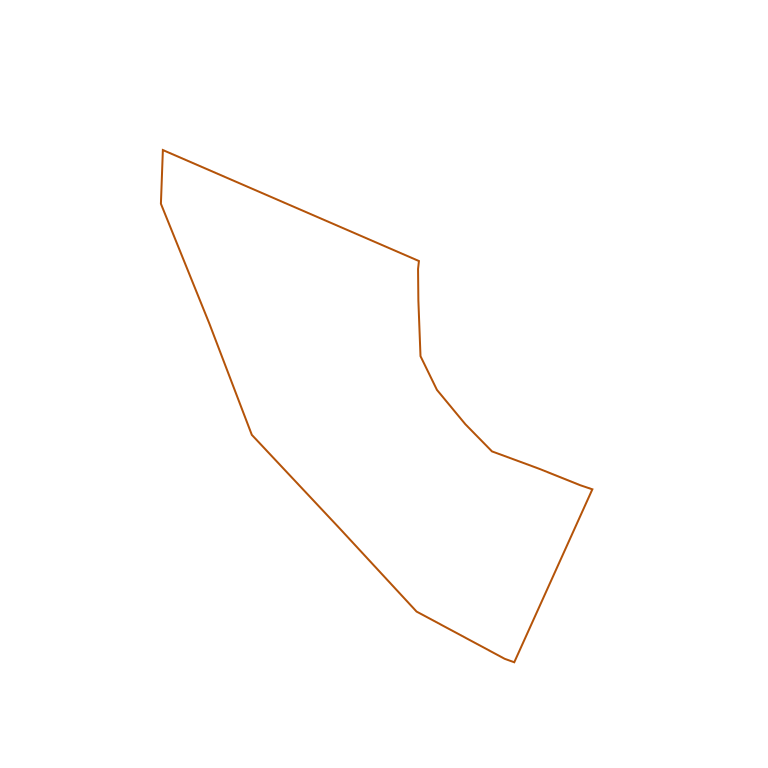 15, Ad Dawhah, Qatar, rotated 64°
{"feature_id": "91078587B20152806481978", "entity_name": "15", "entity_type": "district", "adm_level": 2, "iso_a3": "QAT", "parent_name": "Qatar", "parent_adm1": "Ad Dawhah", "projection": "albers", "projection_center": [51.541, 25.276], "detail": "fine", "context": "isolated", "style": "outline", "palette": "amber", "viewbox_px": 768, "rotation_deg": 64, "n_neighbors": 0, "source": "geoboundaries", "source_scale": "gbopen_adm2", "svg_char_len": 416}
<svg xmlns="http://www.w3.org/2000/svg" viewBox="0 0 768 768"><g transform="rotate(64 384 384)"><path d="M691.2,388.9L570.0,242.9L560.9,252.1L527.9,282.0L491.9,316.5L455.9,328.5L412.5,339.0L384.2,339.0L375.0,339.0L324.0,316.5L295.6,303.0L288.8,298.7L76.8,480.2L124.2,505.5L253.2,514.5L349.3,523.1L371.8,525.1L493.3,487.5L602.8,454.5L683.9,396.0L691.2,388.9Z" fill="none" stroke="#b45309" stroke-width="2"/></g></svg>